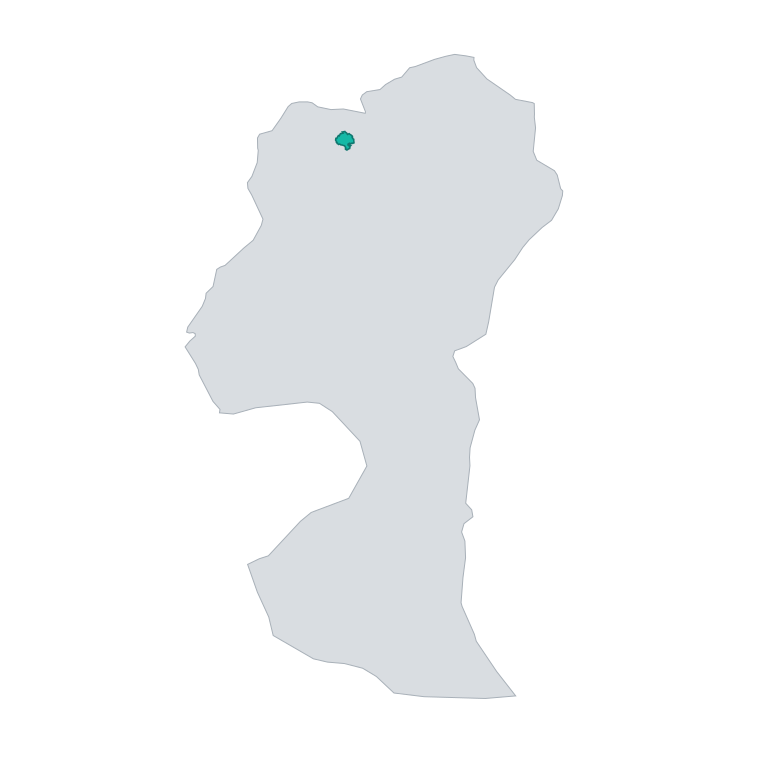 Vectilžas pag., Balvu, Latvia shown in context, rotated 265°
{"feature_id": "27541924B22199662205944", "entity_name": "Vectilžas pag.", "entity_type": "district", "adm_level": 2, "iso_a3": "LVA", "parent_name": "Latvia", "parent_adm1": "Balvu", "projection": "albers", "projection_center": [27.36, 56.987], "detail": "fine", "context": "in_parent", "style": "filled", "palette": "teal", "viewbox_px": 768, "rotation_deg": 265, "n_neighbors": 0, "source": "geoboundaries", "source_scale": "gbopen_adm2", "svg_char_len": 4715}
<svg xmlns="http://www.w3.org/2000/svg" viewBox="0 0 768 768"><g transform="rotate(265 384 384)"><path d="M560.7,578.9L556.1,578.1L543.3,572.9L532.5,565.2L526.1,555.1L515.1,541.2L507.9,534.1L496.5,525.1L477.7,506.8L470.8,502.5L436.9,493.7L424.7,489.8L414.1,469.2L410.9,457.3L405.4,455.0L399.3,457.3L392.6,459.4L376.8,472.5L371.8,474.3L362.3,474.0L340.0,476.0L330.1,470.5L312.9,464.2L303.5,462.8L295.1,462.5L258.1,455.0L251.0,460.4L244.0,461.0L237.9,451.5L229.8,448.4L220.5,450.9L203.8,450.1L184.3,445.8L159.4,441.7L155.6,442.4L126.8,452.2L119.7,453.5L87.7,471.2L61.8,488.0L61.9,457.4L69.0,396.7L75.3,367.0L93.3,350.9L102.7,338.0L109.0,320.1L111.9,303.4L116.4,289.7L143.1,251.7L161.9,248.9L187.7,239.7L216.2,232.4L220.8,244.6L222.9,253.8L254.5,288.8L262.4,300.3L273.2,338.9L303.8,359.8L329.0,355.1L340.3,346.3L361.0,330.1L370.4,318.0L372.7,306.0L371.5,254.1L367.2,231.4L369.6,217.6L373.0,218.4L381.6,212.1L409.2,200.7L414.7,200.3L420.9,198.0L438.3,189.1L443.7,194.3L448.1,200.2L450.6,200.3L451.9,198.2L451.7,194.5L452.9,191.9L457.8,193.5L477.2,209.7L484.7,213.6L489.9,214.7L496.0,222.2L512.8,227.4L514.8,231.3L516.0,236.0L531.6,256.1L538.6,266.2L552.7,275.6L558.8,277.8L583.8,268.7L590.7,265.5L596.5,265.5L602.3,270.5L615.6,277.0L627.7,279.1L629.9,278.7L640.1,279.4L643.7,281.9L646.1,294.6L657.8,304.5L668.7,312.7L671.5,316.5L672.4,323.9L671.7,332.5L670.4,336.9L665.9,342.1L662.0,355.1L661.5,367.5L655.3,388.9L656.7,389.3L670.0,385.4L673.8,387.6L676.7,392.3L677.7,405.7L682.2,411.7L686.7,421.1L688.2,428.4L696.8,437.1L697.5,442.7L703.0,462.7L705.1,474.2L706.2,483.1L703.7,494.4L701.5,502.1L698.8,501.7L691.1,503.8L678.9,513.1L660.8,535.0L656.1,539.8L651.4,556.4L650.3,558.1L639.6,557.4L636.7,557.0L626.0,557.3L602.7,552.9L593.6,555.7L581.6,572.4L577.0,574.8L563.2,577.0L560.7,578.9Z" fill="#d9dde1" stroke="#a8b0b8" stroke-width="1"/><path d="M636.4,370.8L636.3,370.7L636.2,370.5L636.1,370.2L635.9,369.8L635.7,369.4L635.8,369.3L636.0,369.2L636.3,369.1L636.5,369.1L636.9,369.0L637.0,368.9L637.1,368.7L637.3,368.6L637.4,368.4L637.5,368.4L637.8,368.2L638.0,367.8L638.0,367.7L638.2,367.4L638.4,367.3L638.5,367.3L638.7,367.2L638.8,367.2L639.0,367.1L639.0,366.9L639.0,366.7L638.9,366.4L638.9,366.1L638.9,365.9L638.9,365.7L638.8,365.4L638.8,365.2L638.7,364.7L638.7,364.3L638.7,364.2L638.4,364.3L638.2,364.4L638.1,364.5L637.9,364.6L637.7,364.8L637.4,365.0L637.4,364.9L637.4,364.7L637.4,364.4L637.4,364.2L637.2,363.9L637.1,363.4L637.2,363.0L637.3,362.6L637.1,362.3L636.5,362.0L636.1,361.7L635.5,361.4L635.0,361.1L635.2,360.6L635.5,360.2L635.2,360.0L634.6,359.5L634.0,359.1L633.4,358.7L633.0,358.4L632.8,358.4L632.7,358.2L632.8,357.8L632.9,357.6L632.5,357.5L632.5,357.4L632.3,357.4L632.2,357.3L631.9,357.2L631.7,357.1L631.4,357.1L631.2,357.0L630.8,357.2L630.5,357.4L629.9,357.6L629.7,357.8L629.3,357.9L628.8,358.1L628.7,358.0L628.7,357.8L628.2,358.1L627.8,358.3L628.0,358.6L627.9,358.7L627.2,359.0L626.9,359.3L626.5,359.8L626.7,360.1L626.8,360.3L626.9,360.6L626.6,361.1L626.5,361.4L626.1,361.7L626.0,361.8L625.9,361.9L625.9,362.0L625.8,362.5L625.8,362.8L625.8,363.0L625.3,364.1L625.2,364.2L625.1,364.4L625.0,364.7L624.9,365.1L624.9,365.4L624.8,365.5L624.6,365.6L624.4,365.7L624.0,365.8L623.9,365.8L623.8,366.0L623.4,366.1L623.1,366.2L622.7,366.4L622.2,366.6L621.8,366.5L622.1,366.5L622.1,366.4L622.2,366.2L621.8,366.1L621.6,366.1L621.4,366.0L621.1,366.3L620.9,366.4L620.8,366.6L620.8,366.8L620.7,366.9L620.3,367.4L620.7,367.7L620.7,368.2L620.7,368.3L620.9,368.7L621.1,368.9L621.3,369.0L621.3,369.3L621.4,369.5L621.4,369.8L621.4,370.0L621.5,370.3L622.0,370.4L622.2,370.6L622.3,370.5L622.7,370.5L623.0,370.4L623.5,370.2L623.8,370.1L623.8,370.7L623.7,370.9L624.0,371.2L624.3,371.6L624.4,371.3L624.6,370.9L624.9,370.3L625.0,370.1L625.1,369.8L625.2,369.6L625.5,369.6L625.5,369.4L625.4,369.3L625.4,369.2L625.2,368.9L625.2,368.7L625.3,368.4L625.3,368.5L625.5,368.7L626.0,368.9L626.3,369.4L626.6,369.9L626.2,370.2L626.6,370.6L626.8,370.8L626.4,371.1L626.1,371.3L626.3,371.4L626.2,371.8L626.2,372.1L626.2,372.3L626.3,372.7L626.3,372.8L626.3,373.0L626.4,373.3L626.4,373.5L626.6,373.5L626.7,373.4L626.7,373.9L626.8,374.2L626.7,374.3L626.7,374.5L626.6,374.9L626.8,375.1L627.6,375.2L628.0,375.1L628.3,375.1L628.5,375.1L628.8,375.1L629.1,375.1L629.5,375.1L630.0,375.2L630.5,375.2L630.7,374.9L630.8,374.8L630.9,374.6L631.1,374.3L631.4,374.2L631.5,374.1L631.8,374.0L632.0,374.2L632.3,374.0L632.4,373.9L632.7,373.7L632.8,373.7L633.0,373.7L633.1,373.8L633.2,374.0L633.3,374.1L633.5,374.2L633.8,373.9L634.1,373.7L634.3,373.6L634.6,373.3L634.7,373.2L634.8,373.1L634.9,372.9L635.0,372.7L635.4,372.2L635.5,372.1L635.9,371.5L636.0,371.4L636.3,371.3L636.4,371.2L636.5,371.1L636.4,370.8Z" fill="#14b8a6" stroke="#0f766e" stroke-width="1.5"/></g></svg>